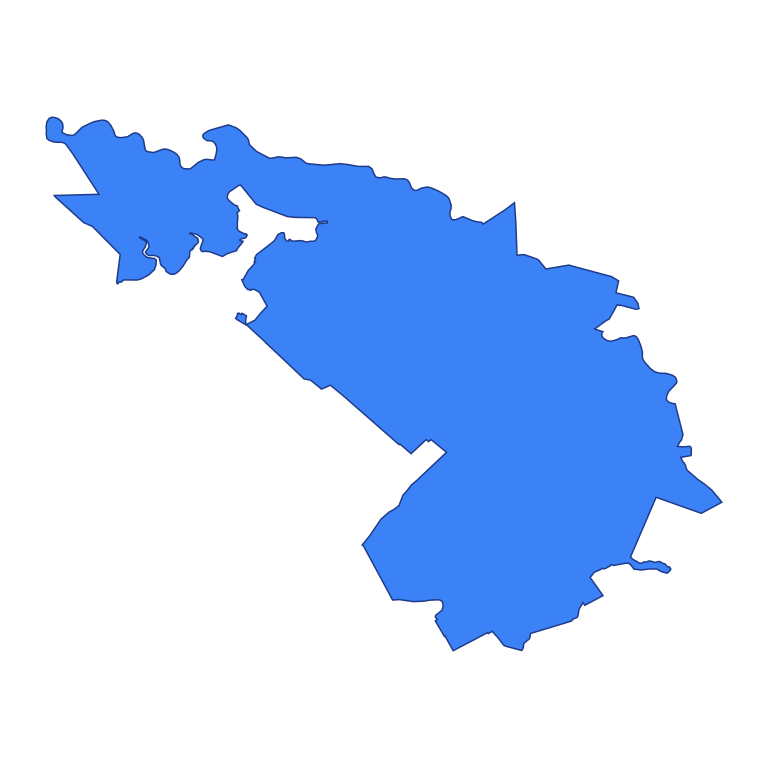 Gruiu, Ilfov, Romania (Natural Earth projection)
{"feature_id": "2599482B32768911582829", "entity_name": "Gruiu", "entity_type": "district", "adm_level": 2, "iso_a3": "ROU", "parent_name": "Romania", "parent_adm1": "Ilfov", "projection": "natural_earth1", "projection_center": [26.214, 44.706], "detail": "fine", "context": "isolated", "style": "filled", "palette": "blue", "viewbox_px": 768, "rotation_deg": 0, "n_neighbors": 0, "source": "geoboundaries", "source_scale": "gbopen_adm2", "svg_char_len": 6099}
<svg xmlns="http://www.w3.org/2000/svg" viewBox="0 0 768 768"><path d="M66.2,144.7L72.7,153.7L99.0,194.3L54.3,195.5L55.8,197.4L83.7,222.6L92.4,226.4L120.2,254.5L117.0,279.0L116.7,281.7L117.1,283.7L118.1,283.6L118.5,282.2L121.1,282.1L123.8,279.9L137.3,280.0L141.8,278.7L148.8,274.9L154.7,269.4L154.8,268.0L156.0,265.0L156.3,260.0L154.6,258.5L147.6,257.6L144.6,255.5L142.5,253.1L142.8,250.9L143.5,249.4L145.2,247.3L146.5,243.0L146.0,241.7L144.7,240.6L139.4,237.7L139.8,236.9L145.2,239.3L146.6,240.4L148.4,243.2L149.0,246.2L148.4,248.2L145.7,251.4L145.4,252.3L146.6,254.1L149.0,255.6L153.2,255.4L156.4,256.0L159.3,257.7L160.4,263.3L161.2,265.4L165.1,268.6L166.3,271.6L169.9,273.9L171.6,274.3L174.2,274.1L175.7,273.5L179.2,270.8L182.9,266.3L186.9,259.9L189.4,257.2L189.9,251.3L191.4,249.7L192.4,250.3L191.6,249.6L192.2,249.0L193.1,249.5L192.3,248.8L193.0,248.1L193.9,248.9L193.0,248.0L194.5,246.5L194.2,246.2L197.4,243.4L198.4,241.8L198.2,239.5L197.5,238.2L191.0,233.8L189.8,233.6L190.2,232.9L196.9,234.4L202.8,238.7L202.9,240.9L201.0,246.0L200.3,249.0L201.2,250.8L202.3,251.6L206.1,251.3L210.0,251.8L222.5,256.5L227.2,253.7L236.6,250.6L236.2,250.2L243.0,241.7L243.0,241.2L239.9,240.6L239.8,239.7L241.0,239.0L244.9,238.1L246.2,237.2L247.2,235.1L245.9,233.7L244.2,233.7L239.2,231.3L237.4,229.1L237.0,228.0L237.4,228.0L237.3,223.0L237.8,218.1L237.7,214.7L237.0,212.9L239.5,210.7L237.8,207.6L237.4,206.0L234.3,204.9L229.5,201.0L227.6,198.8L227.2,196.8L227.7,194.6L229.4,191.8L238.9,185.3L240.7,185.2L256.2,204.2L263.1,207.4L287.2,216.5L294.9,217.4L315.4,217.7L317.1,219.5L318.2,222.2L327.0,221.0L327.4,222.9L319.6,223.6L318.4,224.2L315.8,229.0L316.4,232.3L317.5,234.9L317.6,236.5L315.8,240.1L314.2,241.2L310.5,241.2L306.9,242.1L301.4,240.6L292.6,241.2L289.6,239.3L288.8,240.0L288.7,241.2L286.5,240.9L284.8,238.4L284.4,234.3L283.8,232.8L281.3,232.7L277.7,234.8L274.9,240.0L272.8,242.1L256.4,254.8L254.6,258.3L255.4,258.8L254.2,261.8L255.3,262.2L252.5,266.0L248.4,270.2L243.2,279.5L241.8,279.7L244.8,286.4L247.7,289.5L249.7,289.5L250.0,290.4L253.7,289.1L259.4,292.2L267.1,306.2L260.6,313.2L254.8,320.3L245.7,324.7L247.4,325.6L263.6,340.5L266.2,343.0L265.7,343.7L266.4,343.3L304.1,378.9L310.6,380.2L321.6,389.1L330.4,385.2L342.8,395.4L399.0,444.6L399.8,443.9L411.1,453.7L426.2,439.6L428.6,441.6L431.1,439.6L446.5,452.3L416.6,480.6L411.6,484.8L406.2,491.7L403.0,495.1L399.0,505.5L393.8,509.6L389.3,511.9L381.0,519.1L369.9,535.5L362.2,545.0L363.6,546.2L392.6,600.0L399.4,599.6L413.4,601.6L423.8,601.2L429.5,600.2L438.0,599.8L440.1,600.1L442.2,601.6L443.0,603.9L443.0,606.9L441.9,610.3L435.8,615.2L435.3,617.0L437.3,619.4L435.3,620.9L444.4,636.4L445.0,636.0L453.2,650.7L487.6,632.6L488.2,633.6L492.6,631.2L492.6,631.8L497.8,637.5L503.6,645.1L505.6,646.2L521.8,650.5L523.3,647.6L523.8,643.4L529.2,639.0L530.0,636.9L530.4,633.5L571.3,621.1L573.4,618.9L577.0,617.5L577.9,615.9L579.1,609.1L583.0,602.6L584.8,605.3L603.0,595.6L590.1,577.4L594.4,572.2L601.3,569.2L601.7,568.4L602.6,568.3L603.8,568.9L605.3,568.5L610.2,565.9L610.7,564.8L613.9,565.4L625.9,563.2L628.9,563.4L630.9,565.0L634.0,569.2L641.5,570.0L648.6,569.0L656.7,569.0L661.5,571.7L667.1,573.2L669.7,571.0L669.7,570.4L670.8,569.3L670.5,568.3L669.0,566.6L668.0,566.9L667.0,566.3L665.0,563.9L662.7,563.3L659.5,561.4L655.0,562.4L650.7,561.1L648.8,561.0L646.2,562.0L643.8,561.9L642.5,563.0L639.7,563.2L632.8,559.3L630.5,557.0L656.1,497.3L701.3,513.3L721.9,502.2L711.8,490.1L704.5,484.1L697.9,479.5L687.3,470.4L686.2,468.3L685.5,465.2L684.6,464.1L684.6,463.3L682.8,461.8L680.8,457.3L690.8,455.6L691.3,454.7L691.3,448.1L690.0,446.3L682.1,446.9L677.4,446.3L679.8,442.0L681.4,440.1L683.0,434.6L675.1,403.8L671.3,403.2L668.2,401.8L666.7,400.0L666.3,398.2L666.7,395.9L668.5,391.7L676.5,383.1L676.9,381.2L675.6,377.5L672.4,375.2L669.1,374.2L665.4,373.3L659.4,373.2L654.7,371.8L650.0,368.2L644.7,362.2L643.0,359.5L642.4,357.1L642.4,351.9L640.8,345.7L638.2,339.4L636.4,336.8L634.5,335.7L632.8,335.8L625.5,338.0L620.2,337.8L619.4,338.6L614.9,340.3L610.2,341.3L607.0,340.5L603.3,338.1L602.0,336.1L601.8,334.9L602.1,332.4L602.9,331.7L594.6,329.0L605.7,320.9L609.3,318.9L617.2,304.8L619.5,305.5L619.9,305.0L636.0,309.3L639.0,308.6L637.9,303.4L633.7,297.3L615.9,292.8L618.6,280.9L611.5,276.6L568.7,265.1L545.9,269.0L538.7,260.2L537.1,259.1L524.2,254.6L517.0,255.2L515.8,222.2L514.5,202.7L505.0,209.9L483.1,224.1L481.6,222.4L476.0,221.6L471.8,220.4L462.9,216.6L455.4,219.9L451.7,219.5L450.1,215.8L449.9,211.9L451.0,208.8L451.2,205.3L449.0,198.6L446.9,196.2L444.8,194.7L438.8,191.2L432.7,188.5L429.3,187.3L426.4,187.1L420.8,188.3L417.5,190.2L415.1,190.5L413.6,189.9L411.5,187.8L409.5,182.8L407.9,180.4L406.1,179.3L403.6,178.8L395.2,179.0L389.7,178.2L385.6,176.9L382.8,177.1L380.9,177.8L377.3,177.5L376.0,176.9L374.7,175.1L371.9,168.7L368.6,166.4L358.0,166.4L347.6,164.5L340.0,163.7L324.3,165.2L307.6,163.7L305.7,162.9L300.6,158.7L296.1,157.3L285.5,157.9L282.5,157.2L277.9,156.8L274.0,157.8L269.7,158.3L256.6,151.5L249.3,144.5L248.5,139.9L246.8,137.3L239.9,130.4L235.7,127.6L228.4,124.9L209.5,130.3L206.7,131.7L203.3,134.3L202.8,135.6L203.1,137.4L204.1,138.6L206.7,140.5L212.4,141.1L214.2,142.5L216.0,145.4L216.9,148.9L216.2,153.7L214.5,159.7L213.2,160.1L206.7,159.3L203.9,159.7L198.4,162.3L191.2,168.2L189.1,169.0L183.5,168.6L180.8,166.4L179.9,164.0L179.8,161.0L179.1,157.5L177.1,154.5L173.9,152.2L169.0,149.9L165.5,149.0L162.3,149.4L153.5,152.6L147.9,151.7L145.9,150.8L145.1,149.1L143.6,140.5L142.5,137.9L139.4,134.4L137.1,133.2L134.8,132.9L132.6,133.6L127.5,136.8L120.4,137.7L116.7,137.0L115.1,135.5L113.9,131.4L111.0,125.6L108.4,122.4L106.3,120.9L104.0,120.2L101.5,120.2L94.5,121.6L90.9,123.0L83.0,126.8L81.1,128.2L74.9,134.4L72.8,135.4L70.5,135.3L66.7,134.7L62.7,132.9L62.1,132.1L63.0,127.3L62.6,123.8L61.6,121.7L58.5,118.8L54.3,117.4L51.7,117.3L49.2,118.4L46.9,121.7L46.1,127.1L46.5,131.1L46.2,133.3L46.9,138.5L49.2,140.4L54.4,142.1L62.4,142.4L64.8,143.4L66.2,144.7ZM245.7,324.7L245.8,319.1L246.5,315.9L242.0,313.3L241.2,314.5L239.0,313.1L238.4,314.0L237.5,313.5L237.0,316.2L235.6,318.1L236.7,319.4L245.7,324.7Z" fill="#3b82f6" stroke="#1e3a8a" stroke-width="1.5"/></svg>